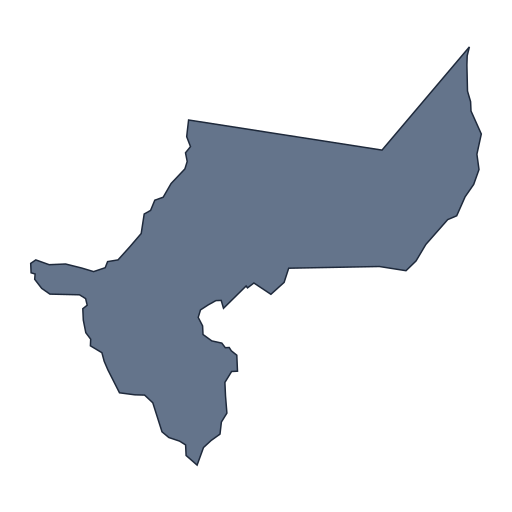 Beruniy, Karakalpakstan, Uzbekistan
{"feature_id": "79887680B9862753118700", "entity_name": "Beruniy", "entity_type": "district", "adm_level": 2, "iso_a3": "UZB", "parent_name": "Uzbekistan", "parent_adm1": "Karakalpakstan", "projection": "orthographic", "projection_center": [60.771, 42.004], "detail": "fine", "context": "isolated", "style": "filled", "palette": "slate", "viewbox_px": 512, "rotation_deg": 0, "n_neighbors": 0, "source": "geoboundaries", "source_scale": "gbopen_adm2", "svg_char_len": 1272}
<svg xmlns="http://www.w3.org/2000/svg" viewBox="0 0 512 512"><path d="M30.7,263.4L31.1,272.8L35.1,274.0L34.7,279.3L41.7,288.4L49.9,294.1L79.5,294.8L85.6,298.6L87.2,305.2L82.8,308.7L83.3,320.1L85.8,332.7L90.7,339.2L90.4,345.8L101.9,352.7L104.2,361.3L107.9,369.9L119.5,392.8L134.7,394.8L144.6,395.1L152.8,402.8L162.0,431.8L168.8,437.5L179.5,441.1L185.6,444.9L186.1,455.5L197.1,465.1L203.5,447.5L211.1,440.5L220.0,434.1L221.4,422.0L226.9,413.1L225.5,395.8L224.9,382.4L231.6,371.5L237.5,371.2L236.8,355.2L231.3,350.8L229.2,347.5L225.3,347.7L221.8,343.1L211.8,340.9L203.0,334.5L202.6,325.9L198.2,317.4L200.5,309.9L208.2,304.9L215.9,300.6L221.2,300.4L223.5,308.3L246.1,286.0L247.5,287.9L253.9,283.0L270.9,294.3L284.1,282.4L288.7,268.2L379.4,266.5L406.0,270.7L416.0,261.0L425.8,244.5L447.7,219.6L456.7,215.8L465.1,196.8L473.7,184.4L479.0,169.5L476.9,154.2L481.3,134.0L471.0,111.0L470.6,101.7L467.5,91.1L466.9,65.0L467.2,55.7L469.4,46.9L382.0,150.1L188.6,120.0L187.2,132.0L186.7,136.7L190.5,146.6L185.5,152.8L187.2,161.5L184.9,168.9L171.1,183.5L163.2,197.2L154.8,200.2L150.6,210.4L144.2,214.0L141.2,233.5L129.9,246.7L118.0,259.9L107.6,261.6L105.2,267.7L93.6,271.6L81.6,268.0L65.6,264.0L49.2,264.7L35.8,259.9L30.7,263.4Z" fill="#64748b" stroke="#1e293b" stroke-width="1.5"/></svg>